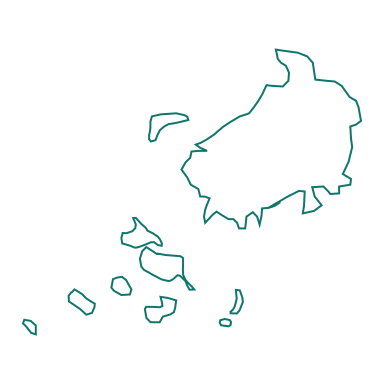 the district of Jindo-gun, South Jeolla, South Korea
{"feature_id": "91817680B56099735913612", "entity_name": "Jindo-gun", "entity_type": "district", "adm_level": 2, "iso_a3": "KOR", "parent_name": "South Korea", "parent_adm1": "South Jeolla", "projection": "mercator", "projection_center": [126.119, 34.39], "detail": "fine", "context": "isolated", "style": "outline", "palette": "teal", "viewbox_px": 384, "rotation_deg": 0, "n_neighbors": 0, "source": "geoboundaries", "source_scale": "gbopen_adm2", "svg_char_len": 3034}
<svg xmlns="http://www.w3.org/2000/svg" viewBox="0 0 384 384"><path d="M341.6,85.8L334.7,81.5L326.6,80.8L315.3,79.6L312.8,62.7L307.2,56.4L297.8,52.7L279.6,50.2L275.9,49.6L277.8,58.9L280.9,62.7L285.9,65.8L289.0,72.7L288.4,80.8L282.8,86.5L271.5,85.8L266.5,85.2L262.1,94.6L258.4,100.8L254.0,107.1L249.0,113.4L239.6,116.5L230.2,122.1L222.7,127.1L214.0,134.6L206.5,139.6L200.8,142.8L195.8,144.6L200.2,147.8L207.1,150.9L198.3,150.9L191.5,151.5L190.2,157.8L185.8,162.1L184.6,164.0L181.5,169.6L187.1,177.2L190.8,184.7L198.3,189.0L200.2,196.5L204.6,196.5L209.6,198.4L206.5,205.9L205.2,209.7L204.0,216.6L205.2,222.8L212.7,214.7L216.5,211.6L222.1,215.3L228.4,219.1L233.4,219.1L237.1,222.8L239.0,228.4L245.2,228.4L246.5,216.6L252.8,212.2L257.1,216.6L259.6,224.7L261.5,215.9L262.1,208.4L269.0,207.8L274.6,205.9L280.3,202.2L268.4,207.8L287.8,196.5L299.0,190.9L304.7,191.5L304.0,205.9L302.8,213.4L314.1,210.9L321.6,205.3L314.7,196.5L312.2,187.2L323.4,186.5L328.4,191.5L330.3,194.0L339.1,193.4L339.1,186.5L350.3,184.7L351.0,179.0L342.8,174.0L348.5,162.1L352.2,147.1L351.0,138.4L350.3,126.5L356.0,124.6L361.0,120.9L358.5,107.1L356.0,100.8L349.7,97.1L341.6,85.8ZM152.2,250.9L146.3,247.1L142.2,251.2L139.9,258.9L141.4,266.8L144.0,269.9L147.5,271.8L153.1,275.0L161.5,279.4L168.6,281.1L170.5,280.6L173.1,279.2L177.6,275.2L180.1,275.8L185.4,281.0L187.3,285.7L189.5,289.7L194.2,289.5L191.9,286.6L189.2,284.0L185.7,280.3L183.2,275.1L182.9,270.2L183.1,262.4L182.9,257.8L180.4,256.2L165.5,255.0L156.8,253.5L158.6,254.0L156.8,254.0L152.2,250.9ZM152.7,233.2L147.5,230.7L145.8,227.9L141.4,224.0L135.8,217.9L133.2,218.1L134.2,220.4L135.8,224.3L135.3,228.1L132.4,231.2L126.5,233.2L122.7,233.0L121.4,237.9L122.2,243.5L125.3,244.3L130.4,245.8L134.5,247.6L136.3,247.6L139.4,246.8L142.2,245.8L146.8,244.0L151.1,242.2L154.0,242.2L157.8,245.0L161.6,245.8L161.9,243.5L159.8,239.1L157.8,236.6L152.7,233.2ZM155.5,140.2L157.8,134.1L160.1,130.0L163.9,126.7L168.6,124.1L173.9,123.3L178.8,122.3L184.2,121.0L188.3,120.0L187.3,116.7L184.2,115.1L176.2,113.3L160.6,114.4L151.9,116.4L150.4,121.8L150.4,127.7L149.9,132.0L149.1,135.1L149.1,139.2L150.9,141.5L155.5,140.2ZM175.5,304.9L176.2,300.4L167.7,297.9L160.5,296.9L161.9,302.2L162.4,306.1L159.8,307.2L152.6,306.9L146.0,306.9L144.9,309.2L146.4,317.9L150.5,322.2L159.6,322.3L162.9,316.6L170.1,314.5L173.9,312.2L175.2,307.7L175.5,304.9ZM92.0,312.9L94.5,307.0L94.8,303.7L90.9,301.4L86.1,298.3L82.2,294.2L74.5,289.4L71.7,292.4L71.2,292.4L68.6,295.8L68.9,301.4L80.2,309.1L86.3,314.7L92.0,312.9ZM129.9,294.5L131.4,289.4L126.0,279.9L121.9,276.8L117.1,277.6L113.0,279.1L111.4,287.6L113.7,290.6L121.4,295.0L129.9,294.5ZM239.5,310.5L242.9,301.8L242.3,297.4L241.1,294.0L239.8,290.4L235.9,289.9L236.7,298.7L235.7,303.0L234.6,306.6L233.1,309.5L230.5,311.8L230.6,313.3L236.9,313.5L239.5,310.5ZM35.8,325.5L30.7,320.9L24.3,319.8L23.0,323.4L25.9,326.2L31.2,332.9L35.8,334.4L35.8,325.5ZM230.6,325.0L231.0,322.0L229.7,320.0L224.7,319.0L220.3,320.2L219.7,322.7L221.1,325.3L228.7,326.3L230.6,325.0Z" fill="none" stroke="#0f766e" stroke-width="2"/></svg>